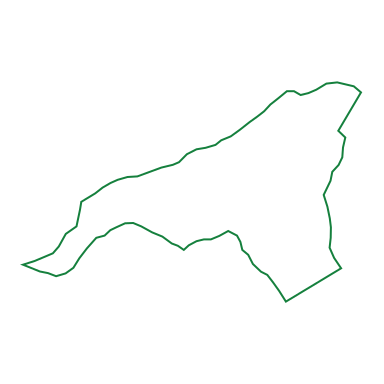 outline of Trabiju, São Paulo, Brazil
{"feature_id": "56859067B68182867271292", "entity_name": "Trabiju", "entity_type": "district", "adm_level": 2, "iso_a3": "BRA", "parent_name": "Brazil", "parent_adm1": "São Paulo", "projection": "mercator", "projection_center": [-48.36, -22.031], "detail": "fine", "context": "isolated", "style": "outline", "palette": "green", "viewbox_px": 384, "rotation_deg": 0, "n_neighbors": 0, "source": "geoboundaries", "source_scale": "gbopen_adm2", "svg_char_len": 1200}
<svg xmlns="http://www.w3.org/2000/svg" viewBox="0 0 384 384"><path d="M23.0,264.7L30.0,267.5L39.9,271.5L48.0,273.1L56.1,276.2L65.6,273.4L73.4,267.8L79.3,258.3L86.9,248.4L96.3,237.8L104.6,235.6L110.3,230.2L116.3,227.3L125.1,223.3L133.2,223.0L141.3,226.4L152.2,232.4L162.4,236.6L171.8,243.5L177.9,245.8L183.8,249.9L188.8,245.3L196.5,241.2L203.9,239.4L210.9,239.4L219.3,235.9L228.2,231.0L237.0,235.6L240.4,241.9L242.3,249.9L248.2,254.8L252.9,264.0L261.0,271.7L267.3,274.9L273.2,282.6L279.2,291.0L285.9,301.6L341.1,268.3L334.1,257.9L329.6,247.7L330.7,237.8L330.9,227.3L329.8,218.4L327.4,206.7L323.7,194.9L330.5,180.8L332.3,171.8L338.6,165.0L342.3,157.3L343.0,147.5L345.3,137.5L338.3,130.8L361.0,92.4L353.8,86.3L345.7,84.4L337.2,82.4L326.4,83.6L316.3,89.7L308.4,93.1L300.6,95.0L294.0,91.2L286.9,91.2L278.5,98.1L270.4,104.5L264.1,111.3L257.0,116.8L249.6,122.1L239.7,129.9L230.7,136.4L221.2,140.3L215.5,144.9L205.6,147.8L196.5,149.3L186.9,154.2L179.0,162.2L172.9,164.8L161.3,167.6L137.4,176.4L127.5,177.0L117.7,179.8L110.5,183.0L102.6,187.6L95.2,193.4L81.3,201.8L80.0,209.7L76.5,226.4L65.8,233.9L58.8,246.5L52.9,253.3L43.7,257.2L34.6,261.0L23.0,264.7Z" fill="none" stroke="#15803d" stroke-width="2"/></svg>